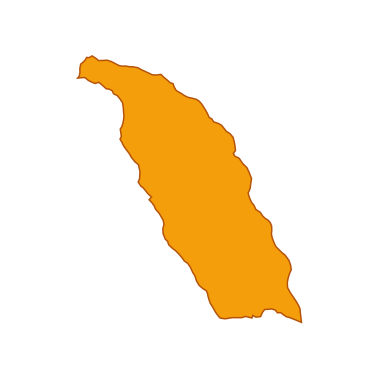 the district of Anhumas, São Paulo, Brazil, rotated 315°
{"feature_id": "56859067B94307152786888", "entity_name": "Anhumas", "entity_type": "district", "adm_level": 2, "iso_a3": "BRA", "parent_name": "Brazil", "parent_adm1": "São Paulo", "projection": "equal_earth", "projection_center": [-51.429, -22.356], "detail": "fine", "context": "isolated", "style": "filled", "palette": "amber", "viewbox_px": 384, "rotation_deg": 315, "n_neighbors": 0, "source": "geoboundaries", "source_scale": "gbopen_adm2", "svg_char_len": 2482}
<svg xmlns="http://www.w3.org/2000/svg" viewBox="0 0 384 384"><g transform="rotate(315 192 192)"><path d="M218.6,29.8L217.6,25.1L214.5,24.4L212.7,22.4L209.8,23.1L207.3,23.2L203.7,22.9L200.1,25.3L196.9,28.6L194.2,30.3L191.7,30.6L195.0,33.3L197.2,35.4L197.6,39.8L198.8,43.4L200.2,46.7L203.7,48.6L204.1,53.3L204.3,58.3L206.1,60.7L207.2,63.9L206.0,67.1L207.3,70.9L206.9,75.2L206.0,79.8L203.1,83.7L199.7,87.6L197.7,90.1L195.0,92.3L191.8,94.5L188.5,96.2L185.7,96.8L182.9,100.7L181.1,102.9L178.5,103.7L177.6,107.1L176.2,111.2L175.6,114.7L174.8,120.5L173.6,124.7L173.0,130.1L173.4,134.9L171.7,137.5L169.8,140.6L166.9,143.2L164.1,145.7L161.0,146.9L160.0,151.5L160.4,154.6L160.1,158.0L159.6,162.4L159.9,166.9L156.2,167.1L156.1,171.1L155.4,175.2L154.1,178.1L153.7,183.9L152.6,188.1L151.7,191.4L149.4,195.0L145.6,197.2L142.2,200.9L139.8,206.4L139.8,209.8L138.2,212.8L138.3,217.8L138.9,222.2L138.8,227.6L138.4,231.8L137.8,235.5L138.5,239.5L137.6,244.2L135.7,249.2L134.7,253.4L132.3,258.1L131.0,263.0L131.4,268.1L132.3,271.8L131.3,274.6L129.7,276.9L127.7,280.5L126.2,283.7L125.3,287.9L123.8,293.0L123.1,296.8L122.7,300.8L124.3,303.2L125.9,305.2L128.7,307.2L131.6,309.3L135.3,313.0L138.4,316.1L141.8,317.8L145.3,323.5L147.7,322.3L148.7,325.7L152.4,328.6L156.9,326.9L160.4,326.5L162.8,328.7L165.5,330.8L167.4,334.3L167.0,337.8L169.4,340.1L169.9,343.7L170.5,346.8L172.2,349.7L173.8,353.4L175.0,356.2L177.2,361.6L180.2,357.9L182.9,354.4L185.7,351.1L187.0,347.9L188.2,343.6L189.2,338.6L190.4,332.4L192.0,327.1L195.2,323.6L198.2,321.4L201.6,319.5L204.8,318.0L207.2,317.2L210.0,313.4L212.2,308.9L213.2,302.3L212.7,298.3L212.7,294.8L212.7,289.9L214.1,285.9L216.4,281.0L218.5,277.8L221.0,275.8L224.2,272.4L225.6,269.2L225.9,265.7L225.1,262.7L225.0,259.3L225.9,254.4L224.8,249.6L226.4,245.2L226.8,241.3L229.0,235.8L231.0,232.4L235.6,230.6L240.7,226.7L243.6,224.6L246.1,218.9L248.0,213.8L248.0,207.7L249.2,201.4L247.6,196.9L248.7,193.8L251.9,193.5L253.8,191.3L256.3,188.0L259.7,182.5L260.1,177.9L259.2,173.1L260.1,165.9L259.2,162.4L256.9,157.7L257.7,154.6L256.9,151.4L258.6,146.8L259.8,142.4L261.0,137.0L261.3,133.0L260.7,129.8L258.6,126.0L256.1,122.2L254.9,118.7L254.0,114.3L252.6,109.1L253.6,105.3L255.2,101.9L253.8,99.2L253.7,96.0L253.2,91.1L253.2,86.9L249.3,83.9L246.7,80.9L245.7,77.8L244.3,74.1L242.8,70.1L241.6,65.8L238.4,61.2L236.2,59.0L234.4,56.3L231.8,53.8L230.0,51.4L228.6,47.2L227.2,42.7L225.2,38.8L222.0,36.0L218.8,32.9L218.6,29.8Z" fill="#f59e0b" stroke="#b45309" stroke-width="1.5"/></g></svg>